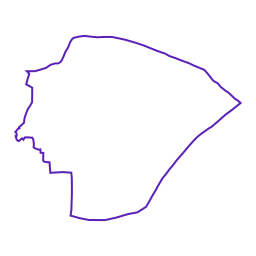 outline of Xaysetha, Vientiane [prefecture], Laos
{"feature_id": "54806243B76096525034044", "entity_name": "Xaysetha", "entity_type": "district", "adm_level": 2, "iso_a3": "LAO", "parent_name": "Laos", "parent_adm1": "Vientiane [prefecture]", "projection": "natural_earth1", "projection_center": [102.674, 17.973], "detail": "fine", "context": "isolated", "style": "outline", "palette": "violet", "viewbox_px": 256, "rotation_deg": 0, "n_neighbors": 0, "source": "geoboundaries", "source_scale": "gbopen_adm2", "svg_char_len": 1812}
<svg xmlns="http://www.w3.org/2000/svg" viewBox="0 0 256 256"><path d="M15.6,136.1L16.6,139.4L17.5,140.6L19.0,141.0L19.7,140.2L22.1,138.4L23.4,139.7L24.8,137.4L26.6,137.5L28.1,137.3L30.4,137.6L32.3,137.7L33.3,139.5L33.9,144.2L33.6,147.4L35.4,148.5L36.4,148.8L37.6,149.3L38.0,149.4L38.7,149.6L39.3,149.6L40.4,149.4L40.4,150.0L40.6,152.8L43.3,152.9L43.2,159.0L43.2,160.8L44.4,161.7L47.4,162.2L49.5,162.2L49.8,166.1L50.3,172.8L62.9,172.1L71.3,172.7L71.8,178.2L71.9,186.5L71.9,192.3L71.8,197.8L71.6,202.0L71.5,206.0L71.4,209.7L70.6,215.6L79.8,218.2L89.1,220.0L89.4,220.0L104.9,220.1L115.9,217.7L128.5,214.0L137.5,212.3L146.1,206.8L148.8,202.2L152.4,195.7L155.9,189.9L158.1,185.7L162.4,178.4L166.7,173.1L170.1,168.5L173.2,164.9L176.8,160.1L180.9,155.4L185.0,150.7L189.1,145.7L193.5,140.8L197.8,136.5L201.7,133.4L208.8,128.4L211.3,127.0L215.9,123.1L222.1,117.7L225.3,114.8L232.2,109.7L240.6,103.0L237.6,100.4L234.5,98.4L228.7,92.8L225.2,90.5L220.8,87.0L218.3,83.9L218.1,83.7L217.8,83.3L213.4,80.9L209.0,75.3L208.8,75.0L204.4,69.9L193.5,65.4L189.2,63.3L181.3,60.4L175.1,58.0L169.3,56.0L165.1,53.6L156.9,50.8L154.0,49.6L149.5,47.8L143.5,45.4L138.5,43.7L133.7,42.2L125.1,39.7L120.0,38.6L112.2,37.0L108.0,36.9L102.4,37.0L97.8,37.3L92.1,36.8L84.5,35.9L79.1,36.6L73.5,37.9L71.9,39.4L70.2,42.1L67.9,47.8L66.1,50.6L64.8,53.2L64.3,54.7L63.5,56.6L61.7,60.4L60.4,62.1L58.3,63.4L55.5,63.4L55.2,63.4L50.6,64.8L45.8,68.0L35.0,71.2L26.8,71.2L29.3,73.8L27.7,78.8L26.2,84.3L32.2,87.7L32.2,95.8L32.1,102.1L30.0,106.0L28.1,108.6L26.5,112.4L25.5,115.1L24.9,117.1L24.5,118.4L24.1,121.3L24.1,122.6L20.7,125.8L19.7,126.7L19.0,127.3L19.2,127.9L19.4,128.3L18.8,128.5L18.2,128.7L17.3,129.6L16.7,130.4L16.2,131.1L15.4,131.9L16.1,132.8L16.4,133.4L16.5,133.9L16.7,135.1L16.8,135.7L15.6,136.1Z" fill="none" stroke="#5b21b6" stroke-width="2"/></svg>